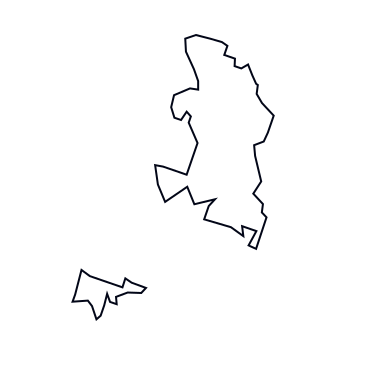 the border of Islands, rotated 109°
{"feature_id": "HKG-5170", "entity_name": "Islands", "entity_type": "state/province", "adm_level": 1, "iso_a3": "HKG", "parent_name": "Hong Kong S.A.R.", "parent_adm1": "", "projection": "natural_earth1", "projection_center": [113.979, 22.247], "detail": "fine", "context": "isolated", "style": "outline", "palette": "ink", "viewbox_px": 384, "rotation_deg": 109, "n_neighbors": 0, "source": "natural_earth", "source_scale": "10m", "svg_char_len": 1080}
<svg xmlns="http://www.w3.org/2000/svg" viewBox="0 0 384 384"><g transform="rotate(109 192 192)"><path d="M49.2,248.3L42.3,239.4L41.1,224.6L40.5,212.5L42.3,206.1L51.9,206.1L51.9,194.8L59.1,192.7L59.1,185.6L53.2,180.5L53.7,180.1L62.1,172.9L68.8,166.6L69.4,164.6L78.2,162.8L85.1,154.8L93.2,139.6L111.2,139.6L120.9,140.6L127.5,148.5L137.3,144.1L159.5,130.0L173.6,133.5L180.3,121.0L188.6,119.3L191.7,113.3L224.9,112.9L224.1,121.1L208.0,118.4L208.0,133.5L217.0,129.1L212.6,143.7L213.9,171.6L199.8,171.6L191.4,167.9L202.8,185.8L188.6,198.2L210.1,214.2L196.0,226.7L178.6,235.6L177.4,227.6L177.4,202.7L166.3,202.7L157.2,202.7L143.9,202.7L127.5,217.7L120.9,217.7L117.8,223.2L127.5,225.8L127.5,232.8L118.6,239.3L106.3,240.5L94.7,227.6L93.2,219.5L85.1,222.3L75.3,230.1L61.3,243.4L49.2,248.3ZM327.0,269.1L301.7,271.1L304.8,261.2L304.8,226.7L295.4,226.9L297.4,219.5L297.7,204.3L304.0,207.1L308.0,220.1L315.9,229.7L322.6,226.7L322.6,233.7L315.9,239.1L327.8,238.1L338.7,238.1L343.5,240.9L332.4,249.4L328.6,255.1L334.6,269.2L327.0,269.1Z" fill="none" stroke="#020617" stroke-width="2"/></g></svg>